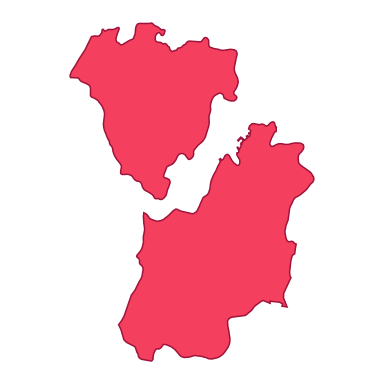 Antsiranana I, Diana, Madagascar
{"feature_id": "10022922B77517626674469", "entity_name": "Antsiranana I", "entity_type": "district", "adm_level": 2, "iso_a3": "MDG", "parent_name": "Madagascar", "parent_adm1": "Diana", "projection": "robinson", "projection_center": [49.261, -12.291], "detail": "fine", "context": "isolated", "style": "filled", "palette": "rose", "viewbox_px": 384, "rotation_deg": 0, "n_neighbors": 0, "source": "geoboundaries", "source_scale": "gbopen_adm2", "svg_char_len": 5963}
<svg xmlns="http://www.w3.org/2000/svg" viewBox="0 0 384 384"><path d="M296.2,244.1L294.5,243.3L293.2,241.9L292.4,241.4L291.4,241.3L289.1,241.8L287.4,241.1L286.9,240.4L285.9,237.6L285.0,232.9L284.9,230.3L285.4,229.3L285.8,226.1L288.1,219.9L289.7,208.2L290.4,206.2L292.3,202.7L293.1,200.5L294.3,198.6L295.8,197.2L297.2,196.7L300.8,194.4L305.2,190.7L306.8,189.1L310.4,184.3L312.8,182.1L313.9,179.6L313.7,177.7L313.3,176.7L311.9,174.2L310.4,172.2L301.8,166.1L299.5,164.1L298.6,162.5L298.2,158.1L298.5,155.2L299.9,153.3L301.6,151.6L303.3,149.2L303.8,147.3L303.5,145.4L303.3,144.8L301.7,143.7L300.1,143.1L295.8,142.9L292.1,143.4L288.4,144.4L285.3,144.4L281.4,143.7L279.2,143.7L276.7,144.4L272.8,146.4L271.5,146.3L270.5,145.5L269.8,144.2L269.8,143.1L270.4,141.2L271.6,138.0L274.6,132.1L276.2,131.5L276.3,127.0L275.6,126.9L274.4,122.6L273.3,121.9L271.9,122.0L269.9,123.3L268.1,125.4L266.7,126.0L265.4,125.7L264.5,125.0L262.4,124.0L259.1,124.7L253.9,123.6L251.9,123.8L249.5,126.0L248.6,129.0L250.8,130.4L250.1,132.8L248.9,132.8L248.7,133.8L250.3,134.1L250.0,135.8L248.5,136.8L247.8,135.5L246.4,136.2L247.2,137.8L244.8,140.1L240.8,137.1L237.7,140.4L238.4,141.0L240.9,138.2L243.6,140.4L243.1,141.6L242.5,141.4L241.9,143.3L241.2,142.9L240.6,144.2L241.5,144.8L239.3,149.5L237.8,147.1L237.2,147.5L238.8,150.7L238.7,152.1L238.1,152.9L237.0,152.8L236.8,154.4L237.1,155.5L239.5,159.4L239.8,160.4L239.8,163.1L238.9,165.0L238.2,165.5L237.2,165.4L234.0,163.1L232.0,160.6L229.5,156.1L228.6,154.9L227.8,154.5L226.6,154.5L225.2,155.5L223.1,159.4L221.7,160.3L220.6,158.6L219.4,159.3L220.5,161.4L219.9,162.1L219.2,164.0L218.1,165.7L215.8,171.0L213.6,174.9L211.6,179.4L210.7,182.6L209.9,188.8L208.7,192.5L207.8,194.1L205.9,195.9L204.4,196.5L203.0,197.8L200.1,204.3L199.3,206.5L198.4,208.0L197.7,209.7L196.8,211.2L195.5,212.4L193.4,213.6L192.1,213.7L181.3,211.2L178.6,210.1L177.4,209.3L175.7,209.1L173.2,210.8L168.7,215.3L163.7,219.3L160.9,220.6L157.7,221.2L156.5,221.1L153.5,220.2L150.7,219.0L149.6,218.3L147.3,215.0L145.8,213.7L143.8,212.7L143.4,216.3L143.8,222.9L144.5,227.7L144.6,230.0L143.3,237.0L143.4,242.5L142.4,246.8L141.5,249.3L140.1,251.5L137.0,255.2L136.7,256.2L137.1,257.3L138.4,258.2L139.2,259.3L139.6,260.5L139.4,262.4L139.6,263.4L140.2,264.4L141.6,265.4L142.5,266.7L143.1,268.5L143.0,270.2L142.0,276.1L141.4,278.0L139.2,281.6L134.9,290.4L131.4,295.0L124.1,316.1L121.5,320.8L118.6,324.7L121.0,329.7L123.8,339.5L125.5,341.5L127.1,342.7L134.9,346.6L135.8,348.7L136.8,351.9L138.3,354.8L138.4,356.3L138.9,357.4L140.7,358.9L142.2,359.4L151.1,361.0L152.0,360.7L153.1,359.0L153.0,357.2L153.7,353.5L155.6,349.6L157.1,348.8L159.0,349.0L160.0,348.5L161.3,347.4L162.9,345.0L163.5,344.5L164.4,344.4L166.3,344.7L171.2,346.7L175.0,349.6L179.9,355.4L181.1,356.4L184.0,357.5L189.2,357.1L194.5,355.5L201.1,356.3L206.5,357.7L208.4,358.7L212.0,359.0L216.7,357.9L219.6,356.7L222.4,354.7L224.6,352.3L228.1,347.1L229.4,343.8L229.9,341.1L229.9,338.4L228.7,330.4L227.9,326.7L227.5,321.1L228.4,319.5L229.6,318.2L231.8,317.2L244.3,315.6L245.9,315.1L252.0,309.9L253.3,307.9L255.0,305.9L262.1,300.7L263.7,300.7L270.1,303.3L269.9,301.2L279.4,302.2L282.7,303.8L281.9,306.1L287.1,307.0L283.5,297.8L283.7,293.3L291.0,277.5L290.0,276.0L289.6,272.1L290.9,260.6L292.3,255.4L294.7,253.8L295.3,249.0L296.2,244.1ZM70.6,77.6L77.9,77.9L78.7,78.5L80.1,80.4L81.3,81.5L86.2,83.5L88.9,85.1L89.9,86.4L90.5,88.0L90.5,93.6L90.3,94.8L90.8,96.3L91.6,97.1L94.6,98.3L98.2,100.7L99.0,102.2L100.8,104.3L102.3,106.6L103.9,110.4L104.5,113.1L104.5,115.2L103.4,124.0L103.6,126.7L104.4,130.2L107.7,138.5L109.4,141.4L109.4,142.7L109.8,144.1L110.4,145.1L111.4,146.0L112.3,147.6L112.7,149.2L113.0,151.5L114.4,155.4L116.2,158.6L120.3,163.8L121.5,166.3L120.7,171.0L120.6,173.2L120.9,173.7L122.3,174.5L128.2,174.3L131.1,175.4L132.3,176.4L134.0,178.9L135.3,180.2L137.0,181.1L139.3,181.5L140.4,182.2L141.4,183.6L142.5,187.1L143.8,189.2L145.4,190.6L147.4,191.5L152.1,194.4L153.4,196.0L154.7,198.3L156.0,198.8L158.2,198.5L159.8,199.4L161.3,199.5L162.6,199.0L164.2,197.7L166.0,195.5L166.6,193.8L167.4,189.9L168.4,187.7L170.0,183.1L170.0,181.4L169.3,179.7L167.1,178.4L164.3,177.6L163.6,176.6L164.0,174.4L167.0,166.7L172.3,164.1L173.6,163.0L175.7,160.2L177.6,156.1L179.3,154.1L181.8,153.5L183.1,153.6L184.9,154.7L188.4,159.3L189.8,159.4L191.3,158.5L192.7,157.0L193.3,155.8L193.6,154.5L193.6,151.6L194.3,149.7L198.3,145.0L202.4,141.6L204.5,138.6L205.5,136.6L208.8,125.7L209.2,122.4L209.0,116.4L210.7,110.0L210.4,105.9L210.5,104.7L211.9,99.7L213.2,97.3L214.6,95.8L216.3,94.7L219.1,93.2L220.0,93.0L222.1,93.9L223.1,94.8L224.2,98.3L228.9,100.5L231.1,100.9L234.0,100.9L235.5,100.0L236.6,98.5L236.8,97.5L236.6,96.5L234.1,94.3L233.7,92.9L233.9,91.9L235.9,88.8L237.2,86.2L238.1,82.7L238.2,81.5L237.5,78.0L234.9,72.5L234.2,69.2L234.6,65.8L235.4,62.4L236.1,58.1L236.9,55.6L237.1,53.3L236.3,51.1L234.4,49.8L230.4,49.3L223.8,50.3L221.3,50.3L217.9,49.2L214.4,48.7L210.1,47.2L209.4,46.5L208.8,45.4L208.6,40.2L207.3,38.2L205.5,37.5L204.5,37.7L201.1,41.7L199.9,41.8L189.3,41.1L188.1,41.3L186.3,42.8L185.6,44.2L183.3,45.2L181.3,47.5L177.9,48.2L177.4,48.7L177.0,49.7L176.4,50.3L174.4,50.5L172.7,51.5L171.9,51.5L170.0,49.7L169.3,47.1L167.9,46.2L166.4,44.1L164.7,43.5L163.0,44.1L161.6,42.9L160.2,42.3L157.4,42.2L156.1,41.4L155.3,40.0L155.3,36.6L155.8,35.2L157.5,33.1L158.4,32.6L159.4,32.7L160.7,34.0L161.3,35.3L162.7,35.5L163.8,34.5L164.9,31.5L165.0,30.7L164.6,30.0L163.3,29.5L162.4,29.9L161.4,29.7L157.4,26.6L155.9,26.2L154.2,25.2L152.4,23.4L151.4,23.0L149.8,23.4L144.4,23.5L139.7,23.4L137.6,24.0L136.3,25.8L135.6,28.5L135.2,33.8L133.3,38.6L132.5,39.2L129.3,40.5L121.9,44.9L120.5,44.7L118.7,42.9L117.3,42.3L116.5,41.3L116.0,40.1L116.0,38.6L117.1,34.5L119.2,28.8L119.1,28.0L118.5,27.5L117.0,27.7L115.3,28.8L113.2,29.5L108.3,29.5L105.6,31.0L104.4,30.8L103.3,29.4L102.7,29.3L102.1,29.9L101.8,32.7L99.7,35.4L98.2,36.3L94.8,35.9L91.5,36.6L85.1,49.7L78.8,59.4L75.2,65.7L71.6,71.2L70.1,75.3L70.1,76.5L70.6,77.6Z" fill="#f43f5e" stroke="#9f1239" stroke-width="1.5"/></svg>